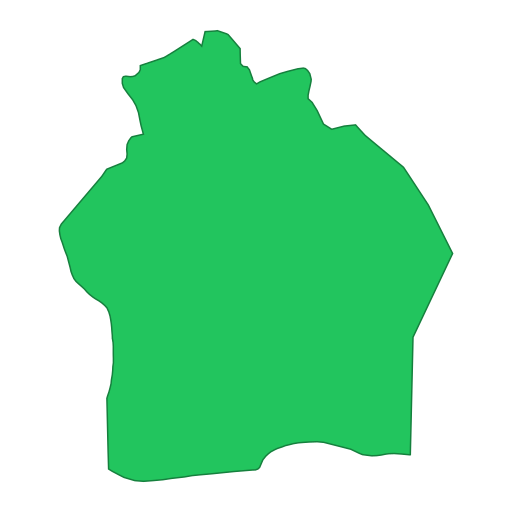 Haydan, Sa`dah, Yemen (Mercator projection)
{"feature_id": "15242507B69358324937252", "entity_name": "Haydan", "entity_type": "district", "adm_level": 2, "iso_a3": "YEM", "parent_name": "Yemen", "parent_adm1": "Sa`dah", "projection": "mercator", "projection_center": [43.376, 16.723], "detail": "fine", "context": "isolated", "style": "filled", "palette": "green", "viewbox_px": 512, "rotation_deg": 0, "n_neighbors": 0, "source": "geoboundaries", "source_scale": "gbopen_adm2", "svg_char_len": 2797}
<svg xmlns="http://www.w3.org/2000/svg" viewBox="0 0 512 512"><path d="M410.3,454.7L411.0,424.9L413.0,337.2L452.6,253.5L428.3,205.0L412.2,180.5L410.5,177.9L403.5,167.3L376.6,145.0L375.4,144.0L365.0,135.3L357.5,127.1L355.6,124.9L344.2,126.1L332.8,129.0L331.8,129.3L323.5,124.1L320.4,117.5L317.2,110.7L314.7,106.6L314.0,105.5L313.2,104.2L312.2,102.5L308.1,98.7L308.1,96.5L308.1,95.2L309.0,90.5L310.0,86.3L310.9,82.0L311.0,81.6L311.2,79.3L309.8,73.7L307.6,70.5L305.4,68.6L303.4,68.1L297.8,68.8L287.6,71.4L279.7,73.7L267.8,78.6L260.0,81.9L259.6,82.1L258.5,82.8L256.5,83.9L256.4,83.8L254.1,81.9L252.7,79.9L252.5,78.8L252.5,78.4L251.7,76.4L250.5,73.0L250.3,72.4L249.4,69.8L247.8,67.8L247.2,66.9L243.1,66.4L241.2,64.4L240.5,63.6L240.2,54.1L240.1,48.6L232.0,39.1L228.1,34.6L226.5,33.8L217.7,30.8L217.5,30.7L215.2,31.0L210.7,31.3L205.1,31.6L201.7,46.2L201.4,45.9L200.9,45.3L200.4,44.7L200.1,44.3L199.2,43.7L198.7,43.2L198.2,42.7L197.7,42.2L197.1,41.8L196.5,41.3L196.0,40.8L195.3,40.4L193.0,39.4L188.5,42.3L174.1,51.5L173.8,51.7L165.1,57.0L164.6,57.2L164.2,57.5L140.3,65.6L140.3,66.5L140.3,69.8L138.9,72.5L135.1,75.8L132.7,76.5L130.2,76.7L125.8,76.2L123.4,76.7L122.3,78.6L122.3,83.4L123.6,87.6L128.0,93.8L132.7,99.8L136.0,105.6L138.5,112.6L139.9,119.9L141.1,125.7L143.4,134.2L132.0,136.8L130.9,137.8L128.7,140.9L127.1,144.6L126.7,149.5L127.1,154.1L126.7,158.0L124.7,161.0L122.5,162.8L106.8,169.2L105.8,170.5L104.4,172.6L101.8,176.4L61.3,224.1L59.6,227.5L59.5,228.0L59.5,228.4L59.4,230.2L59.4,231.1L59.9,234.7L60.8,238.6L62.1,242.0L63.2,245.4L64.3,248.8L65.8,252.8L67.2,256.3L68.3,260.5L69.2,263.9L70.2,267.7L71.0,271.4L72.3,275.0L74.0,278.7L76.1,281.5L78.7,283.9L81.7,286.5L84.4,289.0L86.9,291.9L89.5,294.4L92.3,296.6L92.5,296.8L95.4,298.8L98.7,300.7L100.6,302.0L101.7,302.8L104.6,305.3L107.0,307.9L108.1,310.4L108.8,311.8L110.1,316.2L110.8,320.2L111.3,323.6L111.7,327.5L112.0,331.9L112.3,335.3L112.4,338.7L112.5,338.9L113.1,342.5L113.3,346.4L113.3,349.5L113.3,350.4L113.3,351.0L113.3,354.4L113.4,358.4L113.4,359.0L113.4,362.9L112.9,366.5L112.7,370.6L112.3,374.8L111.5,379.4L111.3,381.1L111.1,383.5L111.0,384.0L110.1,387.8L109.0,391.9L107.6,395.9L106.9,398.3L108.1,451.1L108.6,469.0L112.1,471.2L119.1,474.9L124.0,477.4L134.8,480.6L143.5,481.3L152.8,480.6L162.9,479.7L171.4,478.4L184.6,476.9L192.0,475.6L200.0,474.8L212.4,473.7L234.0,471.5L252.4,470.0L255.4,469.9L257.9,469.0L259.6,467.4L260.8,464.6L262.9,459.7L265.8,456.1L268.4,453.7L270.8,451.8L274.7,449.7L277.5,448.4L282.1,446.9L285.4,445.6L289.2,444.7L293.5,443.6L298.3,442.8L303.2,442.4L309.0,442.0L317.1,441.7L323.7,442.3L333.5,444.8L350.7,449.2L359.3,453.3L362.5,454.6L366.2,455.1L371.8,455.8L376.7,455.6L381.3,455.0L385.7,454.1L388.8,453.7L394.2,453.5L401.5,454.0L409.9,454.8L410.3,454.7Z" fill="#22c55e" stroke="#15803d" stroke-width="1.5"/></svg>